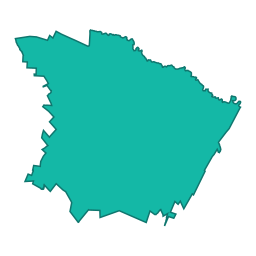 Manuel Benavides, Chihuahua, Mexico (Mercator projection)
{"feature_id": "50627088B76577839440191", "entity_name": "Manuel Benavides", "entity_type": "district", "adm_level": 2, "iso_a3": "MEX", "parent_name": "Mexico", "parent_adm1": "Chihuahua", "projection": "mercator", "projection_center": [-103.724, 28.922], "detail": "fine", "context": "isolated", "style": "filled", "palette": "teal", "viewbox_px": 256, "rotation_deg": 0, "n_neighbors": 0, "source": "geoboundaries", "source_scale": "gbopen_adm2", "svg_char_len": 5557}
<svg xmlns="http://www.w3.org/2000/svg" viewBox="0 0 256 256"><path d="M164.5,226.0L168.5,216.6L173.8,218.2L175.9,214.1L170.4,212.2L174.9,201.5L178.1,204.3L180.3,201.2L183.8,208.8L192.3,193.9L193.5,194.9L205.1,171.2L204.4,170.4L212.3,156.5L214.1,154.4L217.2,149.3L218.4,152.3L219.1,152.3L219.4,152.5L219.5,152.2L219.8,151.8L219.9,151.4L220.3,151.2L220.5,150.5L220.5,150.2L220.8,149.5L220.6,148.6L220.3,147.2L220.0,146.5L219.6,145.6L219.6,144.9L219.3,144.4L219.2,143.9L218.5,142.7L218.6,142.0L226.1,132.2L229.1,128.7L240.1,107.7L240.4,107.4L240.5,107.2L239.8,106.9L238.8,105.9L238.6,105.2L238.8,104.9L239.7,104.2L240.2,103.4L240.6,102.3L240.6,101.9L240.4,101.5L239.7,101.3L238.9,101.3L237.3,103.1L236.7,103.6L236.2,103.8L235.7,103.9L235.0,103.7L233.9,103.3L233.1,102.4L232.6,100.8L232.7,100.6L233.0,100.6L233.7,100.7L234.2,100.7L234.7,100.6L235.6,100.0L235.9,99.6L236.0,99.2L236.0,98.3L235.9,97.7L235.8,97.4L235.2,96.8L233.9,96.5L232.7,96.5L231.9,95.9L231.7,96.0L231.1,96.9L231.3,97.8L231.0,98.4L230.8,99.6L230.8,100.1L230.6,100.7L230.3,101.1L229.5,102.6L229.0,103.1L228.6,103.2L227.4,102.9L226.1,102.3L224.7,101.8L223.7,101.9L223.2,101.8L222.7,102.3L222.4,102.1L222.2,101.7L222.3,100.4L222.2,99.7L222.0,99.4L221.5,99.0L221.2,99.0L220.6,99.6L219.5,100.0L219.1,99.9L218.7,99.5L218.3,97.8L216.2,98.2L215.5,97.9L215.5,97.1L215.3,96.9L214.9,96.8L214.4,97.0L213.8,97.0L213.1,97.1L212.0,96.7L211.8,96.5L211.8,96.2L212.4,95.8L212.7,95.4L212.5,94.9L211.6,93.7L211.7,93.3L211.7,93.1L210.1,92.8L209.0,92.1L208.1,91.1L208.0,89.6L208.1,89.2L205.7,89.2L205.5,89.4L205.5,90.3L205.2,90.8L204.2,90.7L203.6,90.8L203.2,90.7L202.9,90.2L202.7,89.6L203.4,87.8L203.6,86.7L203.5,86.2L203.4,85.9L202.3,85.3L201.9,84.5L200.7,83.8L200.0,83.2L198.7,81.3L198.0,79.9L197.8,79.8L197.4,79.8L196.5,80.2L196.2,80.2L195.9,80.2L195.7,80.0L195.5,79.5L195.6,79.1L195.9,78.7L196.5,78.2L196.5,77.7L196.3,77.4L195.6,77.1L194.6,77.2L194.3,77.2L193.5,76.7L193.2,76.7L191.3,76.6L191.1,76.5L191.0,76.1L191.4,75.4L191.4,74.6L191.4,72.9L191.1,72.4L189.7,71.4L188.2,70.8L187.9,70.4L187.2,70.5L186.7,70.4L186.0,70.8L185.7,70.8L185.4,70.7L185.0,70.1L184.8,69.3L184.9,68.8L185.2,68.3L185.3,67.9L185.0,67.3L184.5,66.8L184.3,66.8L183.3,67.7L182.0,67.8L180.9,68.2L180.2,68.1L178.6,68.9L177.5,69.1L175.5,69.0L174.2,67.8L174.0,67.5L173.9,66.9L172.7,66.4L171.8,65.2L171.3,65.1L169.8,65.7L168.5,65.6L167.7,65.7L167.4,66.0L166.8,66.7L166.4,66.9L165.4,66.3L164.9,66.2L163.9,66.7L163.2,67.3L162.7,67.3L162.5,67.2L162.3,66.9L162.4,66.2L162.0,65.7L161.1,64.0L160.6,63.7L159.4,63.6L159.0,63.3L158.2,62.9L157.3,63.0L156.1,62.6L155.4,62.3L154.8,62.3L154.0,61.7L152.3,62.0L151.7,61.9L151.2,61.4L150.7,60.3L150.5,60.0L149.5,60.1L149.1,59.9L148.3,59.9L148.1,60.1L147.8,60.9L147.6,61.0L147.2,61.0L147.0,60.8L145.8,58.3L145.5,58.0L144.8,57.7L144.5,56.6L143.0,55.5L142.3,54.6L141.7,53.2L141.7,52.5L141.5,52.1L142.0,51.4L142.1,51.0L141.7,50.2L140.2,50.9L139.2,50.9L138.7,50.8L138.4,50.7L138.3,49.9L138.9,49.4L139.0,48.8L138.8,48.4L138.4,48.0L138.1,47.5L137.6,47.3L136.9,47.7L135.9,48.9L136.0,49.7L135.5,50.5L134.0,50.7L133.8,50.3L133.6,49.8L132.8,48.7L132.8,48.1L133.0,47.4L132.8,45.5L132.9,44.9L133.0,44.7L133.9,44.7L134.1,44.3L134.2,43.1L133.8,41.5L132.6,39.6L132.4,39.0L132.1,38.9L131.2,39.0L129.4,40.5L129.1,40.7L128.5,40.6L127.2,40.1L127.1,39.4L126.6,38.6L126.9,37.9L126.7,37.4L126.4,37.0L125.4,36.7L124.6,37.2L123.8,37.6L122.9,37.9L122.6,37.9L121.6,37.3L120.7,37.0L120.4,36.8L120.1,35.7L118.9,35.4L118.5,35.2L117.6,35.2L117.1,35.1L115.9,34.7L115.4,34.8L114.9,35.1L114.2,35.3L113.6,34.6L112.8,35.0L112.6,34.9L112.1,34.4L110.6,33.8L109.9,33.8L109.3,34.1L109.2,34.8L108.6,35.4L108.3,35.4L106.0,33.2L105.6,33.2L102.8,34.1L101.8,33.9L101.7,33.6L101.7,32.5L100.6,31.7L100.1,31.5L99.0,31.7L97.2,31.8L96.0,31.2L94.9,31.3L94.0,30.7L93.5,30.8L92.0,30.3L91.2,30.4L90.5,30.0L89.9,30.8L90.0,33.9L89.3,45.6L88.0,46.3L74.9,40.2L71.0,38.5L61.5,34.2L56.1,31.3L52.9,38.0L49.7,35.5L47.5,40.3L36.4,36.9L29.8,36.4L15.4,38.6L16.0,40.7L16.1,41.6L16.3,42.4L17.1,43.8L17.2,44.4L17.7,45.4L18.2,45.8L19.6,48.3L19.9,48.9L19.8,49.5L20.0,49.8L20.8,50.6L21.1,51.0L21.9,51.6L22.1,52.1L21.9,52.1L23.4,55.4L23.1,55.7L22.8,61.7L27.3,62.0L27.0,67.8L36.3,68.2L36.1,74.2L34.2,74.1L34.3,75.7L43.9,76.2L46.7,80.5L48.4,83.6L43.2,86.3L43.3,86.8L47.0,85.4L50.7,90.6L51.2,90.5L51.3,90.6L51.1,91.5L51.1,92.2L50.6,92.9L50.3,93.2L48.7,94.1L48.0,95.2L47.4,95.7L51.0,103.2L51.7,105.5L47.1,105.2L44.8,105.3L44.0,105.0L42.8,106.7L48.7,111.3L53.9,117.0L49.5,121.8L56.2,129.4L50.1,136.2L49.4,137.2L43.5,130.4L42.4,134.3L41.7,137.8L47.9,145.6L46.8,146.2L44.7,148.0L42.1,149.5L44.0,151.3L45.9,153.0L43.3,156.3L40.7,161.5L40.7,162.0L40.3,164.9L40.3,166.4L33.7,165.5L32.7,170.1L33.2,170.1L33.3,171.3L32.9,171.7L31.6,175.4L28.1,174.1L25.0,181.5L33.5,181.0L32.7,183.8L40.9,188.4L41.1,189.0L41.3,189.2L42.4,189.2L42.5,189.0L42.8,189.3L43.4,189.2L43.6,189.0L43.7,188.8L43.4,187.9L43.6,187.7L43.8,187.8L44.0,187.7L43.9,187.5L43.8,186.9L44.3,186.5L44.1,186.0L44.0,185.4L44.0,184.9L44.1,184.7L44.6,185.4L45.1,185.7L45.5,186.3L48.5,189.6L50.3,191.4L56.2,183.7L62.9,189.9L65.7,191.7L70.8,200.7L71.7,202.6L70.0,211.5L78.2,222.3L78.6,222.2L79.3,221.0L88.5,209.8L88.7,210.0L99.9,210.4L100.1,217.5L119.2,210.7L146.2,222.5L150.0,211.0L154.7,214.5L155.2,214.4L155.9,214.6L156.3,214.1L156.7,213.7L157.6,213.1L159.4,210.7L160.2,210.1L160.3,209.6L160.8,209.5L161.2,210.9L161.6,211.6L163.0,214.7L163.1,216.2L167.6,213.6L166.6,217.0L166.4,218.0L166.7,218.7L166.4,219.6L166.1,219.9L165.8,222.0L165.4,222.6L165.5,222.8L165.1,223.6L164.5,226.0Z" fill="#14b8a6" stroke="#0f766e" stroke-width="1.5"/></svg>